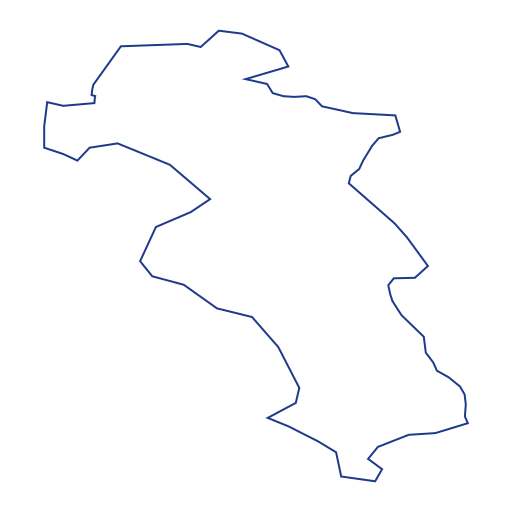 outline of Riebinu
{"feature_id": "LVA-5752", "entity_name": "Riebinu", "entity_type": "Municipality", "adm_level": 1, "iso_a3": "LVA", "parent_name": "Latvia", "parent_adm1": "", "projection": "equal_earth", "projection_center": [26.825, 56.342], "detail": "fine", "context": "isolated", "style": "outline", "palette": "blue", "viewbox_px": 512, "rotation_deg": 0, "n_neighbors": 0, "source": "natural_earth", "source_scale": "10m", "svg_char_len": 1079}
<svg xmlns="http://www.w3.org/2000/svg" viewBox="0 0 512 512"><path d="M372.2,145.7L363.2,160.4L359.2,169.0L350.7,175.9L348.8,183.3L394.6,223.4L407.0,237.4L427.9,266.0L414.9,277.8L393.8,278.3L388.3,285.2L390.2,294.2L392.4,301.0L401.5,315.2L423.8,336.8L425.8,352.7L433.2,362.4L436.9,370.7L448.8,377.4L460.0,386.5L464.6,394.4L465.8,404.5L464.9,416.4L467.8,423.2L435.3,433.1L408.7,434.8L377.9,446.9L368.1,458.9L382.1,469.2L375.1,481.3L341.2,476.5L336.1,452.3L318.5,441.6L288.8,426.5L267.7,417.9L295.8,402.9L299.3,387.9L278.3,347.1L252.0,317.0L217.0,308.4L183.8,284.8L152.3,276.3L140.1,261.2L155.9,227.0L190.9,212.0L210.1,199.1L169.9,164.8L117.6,143.4L89.6,147.7L77.4,160.6L63.4,154.1L44.2,147.7L44.2,126.3L47.2,102.2L63.2,105.8L94.4,103.1L94.9,97.2L95.2,96.1L91.6,95.0L92.2,89.9L93.3,84.8L120.9,46.3L187.3,43.9L200.7,47.0L218.8,30.7L241.9,33.6L279.5,50.2L288.3,66.5L245.6,79.1L267.1,84.0L272.7,93.1L283.4,96.2L294.3,96.9L306.3,96.2L315.2,99.2L322.0,106.3L352.7,113.1L395.3,115.4L400.1,131.8L392.8,134.8L378.7,138.2L372.2,145.7Z" fill="none" stroke="#1e3a8a" stroke-width="2"/></svg>